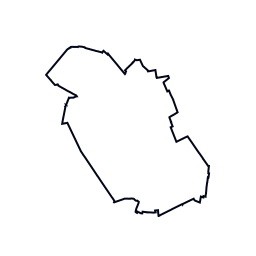 Alphen aan den Rijn, Zuid-Holland, Netherlands (Robinson projection), rotated 246°
{"feature_id": "6326949B35182149476625", "entity_name": "Alphen aan den Rijn", "entity_type": "district", "adm_level": 2, "iso_a3": "NLD", "parent_name": "Netherlands", "parent_adm1": "Zuid-Holland", "projection": "robinson", "projection_center": [4.634, 52.113], "detail": "fine", "context": "isolated", "style": "outline", "palette": "ink", "viewbox_px": 256, "rotation_deg": 246, "n_neighbors": 0, "source": "geoboundaries", "source_scale": "gbopen_adm2", "svg_char_len": 5173}
<svg xmlns="http://www.w3.org/2000/svg" viewBox="0 0 256 256"><g transform="rotate(246 128 128)"><path d="M140.6,180.5L145.6,180.7L145.7,180.4L145.6,180.1L145.6,179.9L145.6,179.7L145.4,179.5L145.4,178.8L154.2,178.9L155.2,179.0L155.3,179.2L155.5,179.8L155.5,180.0L155.6,180.4L155.6,180.6L155.8,181.2L156.2,182.8L156.4,183.4L156.6,184.3L156.7,184.7L157.0,185.7L159.2,185.9L159.7,184.0L162.0,174.8L162.8,175.0L162.9,174.7L169.8,176.6L171.2,170.7L171.6,169.3L171.8,169.3L171.7,169.7L171.8,169.7L171.8,169.9L172.1,169.7L172.4,169.6L173.6,169.1L174.2,168.8L174.7,168.6L175.5,168.2L175.8,168.1L176.3,167.8L177.0,167.6L177.5,167.3L177.6,167.2L177.8,167.2L178.4,166.9L178.6,166.8L185.5,166.7L185.6,166.2L185.7,165.9L185.9,165.2L186.0,164.7L186.3,163.8L186.4,163.5L186.6,163.4L186.8,163.2L187.0,162.8L187.4,162.4L187.6,162.2L187.4,162.1L187.0,161.5L186.4,160.5L185.9,159.4L186.0,159.3L185.9,159.2L185.8,158.9L185.7,159.0L185.6,158.8L185.2,157.8L185.0,157.2L184.9,156.8L184.7,156.3L184.6,156.1L184.4,155.6L184.3,155.2L184.2,154.9L183.8,153.8L183.4,152.8L183.3,152.4L183.2,152.0L183.0,151.5L182.8,151.1L182.6,150.6L181.9,148.8L180.6,149.2L180.4,149.2L180.1,148.6L179.2,147.9L178.9,147.8L178.8,147.7L178.5,147.1L186.8,144.8L191.5,143.5L195.3,142.4L203.1,140.2L203.3,140.2L204.0,140.0L203.4,139.3L204.5,138.8L208.3,137.1L208.5,137.0L208.3,136.6L208.2,136.4L207.9,135.9L207.6,135.5L207.3,135.1L207.8,134.8L208.0,134.5L208.5,134.0L208.8,133.5L209.6,132.4L209.8,132.3L210.0,132.1L210.6,131.2L211.4,130.1L212.2,129.2L212.8,128.5L213.7,127.4L214.0,126.9L214.4,126.5L215.6,125.0L216.0,124.6L217.0,123.3L218.3,121.7L218.6,121.4L219.1,121.4L219.4,121.2L219.5,121.1L219.8,120.6L221.0,119.0L221.4,118.2L222.0,117.2L222.4,116.5L222.6,115.8L222.6,115.6L222.5,115.3L222.4,115.2L222.5,115.1L222.6,114.9L222.9,114.2L223.7,112.4L223.9,112.0L224.1,111.4L224.3,111.2L224.5,110.8L224.9,109.9L225.0,109.6L225.3,108.8L225.3,108.7L225.2,108.5L225.2,108.4L224.9,106.7L224.8,106.8L224.8,106.6L224.7,106.3L224.4,104.3L219.8,95.0L213.9,83.0L211.1,77.2L209.8,74.8L203.1,76.9L203.1,77.0L202.8,77.1L202.7,77.1L202.4,77.1L202.2,77.1L197.1,78.7L196.6,79.8L196.5,81.5L196.4,81.6L195.0,81.8L194.9,81.7L194.6,81.9L194.3,82.1L192.4,83.5L191.2,84.4L189.5,85.7L188.5,86.4L188.2,86.6L187.6,87.1L186.8,87.6L185.1,89.0L184.4,89.5L184.2,89.7L184.2,89.8L183.8,90.0L183.5,90.3L181.4,91.8L180.4,92.6L180.1,92.9L178.7,94.0L177.7,94.1L177.9,93.5L178.0,93.2L178.0,92.5L177.9,91.8L178.0,91.3L177.9,91.0L178.0,90.4L178.0,90.2L178.3,89.6L178.5,89.2L178.7,88.7L179.1,87.7L179.4,86.7L179.5,86.6L179.3,86.5L179.1,86.4L179.1,86.2L179.3,86.0L178.6,85.3L174.4,81.0L174.3,80.9L174.2,80.9L174.3,80.8L174.2,80.8L174.2,80.7L173.8,80.3L173.1,79.5L172.9,79.4L172.9,79.2L172.4,79.2L170.2,77.6L169.2,76.9L162.5,72.2L161.4,71.4L161.2,71.3L158.6,69.6L157.4,74.7L125.9,75.5L125.3,75.6L124.7,75.7L123.7,75.9L121.6,76.2L118.2,76.9L112.8,77.8L106.0,79.0L105.9,79.0L103.6,79.4L100.0,80.0L99.0,80.2L98.2,80.3L96.5,80.6L96.0,80.7L95.7,80.8L94.6,81.0L92.1,81.4L90.9,81.6L84.1,82.8L76.4,84.2L71.3,85.1L70.1,85.4L68.2,85.7L66.8,85.9L66.7,85.9L65.8,85.0L65.7,85.1L65.5,87.9L65.3,90.1L64.9,94.7L64.9,96.0L64.7,96.4L64.1,97.8L63.9,98.3L63.7,98.8L63.5,99.1L63.1,99.9L62.9,100.5L62.5,101.1L62.4,101.7L62.4,102.0L62.3,102.3L62.1,102.6L61.9,103.0L61.6,103.4L61.3,104.0L61.2,104.2L60.9,104.5L60.7,104.6L60.3,104.8L60.0,104.8L59.7,105.0L58.9,105.3L58.7,105.4L58.5,105.6L58.2,106.0L57.9,106.5L57.8,106.9L57.7,106.9L57.4,107.1L57.1,107.4L56.1,107.8L55.0,106.9L54.6,106.6L54.4,106.4L53.0,104.9L51.9,103.8L51.5,103.3L51.4,103.2L50.7,102.6L49.4,101.6L49.0,101.3L48.2,100.8L47.0,101.5L46.8,101.7L47.4,102.2L47.4,102.3L47.8,102.6L46.9,103.3L46.6,103.6L46.3,103.9L44.7,105.2L44.5,105.5L44.5,105.8L44.4,105.9L44.2,106.3L45.0,106.9L45.3,107.1L45.6,107.3L45.0,108.3L44.0,109.8L43.4,110.8L43.5,110.8L42.6,112.4L41.3,115.1L41.1,115.4L40.3,116.8L39.7,118.9L41.6,119.2L40.7,122.0L40.4,121.9L40.1,121.7L39.3,121.5L38.3,121.1L37.9,121.0L37.5,120.8L36.6,120.6L36.4,120.5L35.9,120.4L35.7,120.3L35.4,120.1L35.2,120.1L35.1,120.7L35.2,121.5L35.3,121.7L35.4,124.1L35.7,130.6L35.8,133.8L35.9,134.6L36.0,136.6L36.1,138.9L36.4,146.7L36.3,146.9L36.3,147.0L36.2,147.0L36.3,147.1L36.4,149.6L36.6,155.7L36.7,159.2L35.9,159.2L35.4,159.3L35.2,159.4L34.9,159.5L34.6,159.6L34.4,159.7L34.2,159.9L31.1,162.9L30.7,163.3L35.7,166.7L34.2,168.2L33.9,168.6L34.8,169.1L34.7,169.2L35.0,169.4L33.7,170.9L34.7,171.4L35.6,172.0L36.0,172.3L36.3,172.6L36.6,172.7L37.4,173.1L37.8,173.4L38.4,173.7L39.0,174.0L39.3,174.2L41.9,175.6L46.0,178.1L46.1,178.3L46.4,178.5L50.3,180.8L49.8,181.2L49.9,181.3L53.6,183.6L54.1,183.0L55.0,183.5L55.4,183.6L55.6,183.7L56.3,184.1L60.3,186.4L60.5,185.8L67.7,184.4L68.8,184.2L69.1,184.0L69.3,184.0L69.6,184.1L75.9,182.9L76.6,182.6L76.8,182.6L77.7,182.5L79.1,182.2L90.0,180.2L96.1,179.0L96.1,176.0L95.7,166.6L111.3,167.3L111.3,168.4L111.3,169.4L116.0,169.6L116.0,169.9L120.0,170.0L121.0,170.2L121.3,172.2L121.4,173.2L121.4,173.4L121.4,173.5L121.4,174.0L121.5,174.2L121.5,174.8L121.6,175.6L121.7,176.6L121.8,176.9L122.0,178.8L122.1,179.2L122.1,179.3L122.2,179.7L122.3,179.7L135.3,180.7L135.4,180.8L139.6,180.6L139.9,180.6L140.6,180.5Z" fill="none" stroke="#020617" stroke-width="2"/></g></svg>